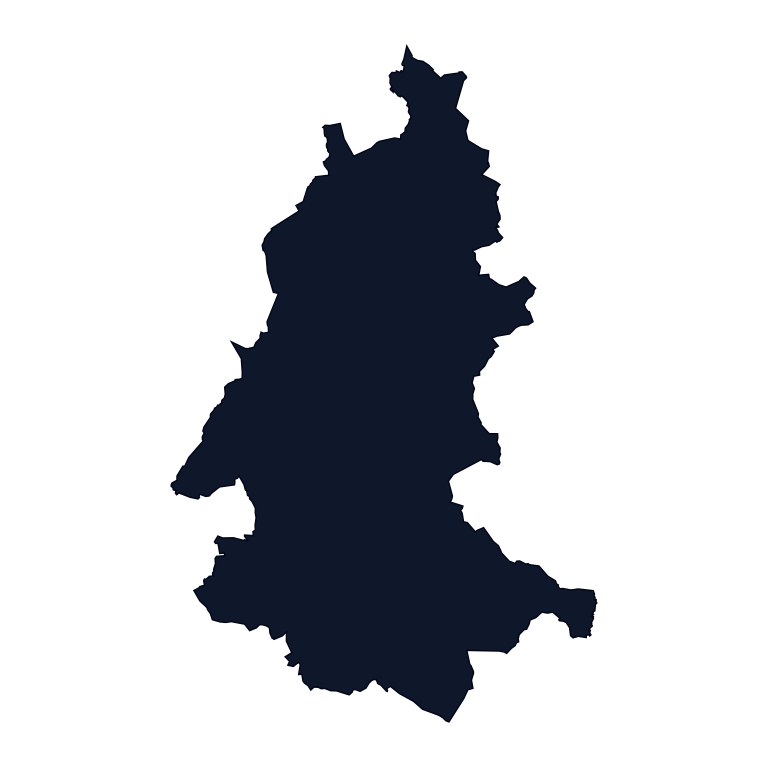 Portlaoise Lea-7, Laoighis, Ireland
{"feature_id": "5873133B8866665595403", "entity_name": "Portlaoise Lea-7", "entity_type": "district", "adm_level": 2, "iso_a3": "IRL", "parent_name": "Ireland", "parent_adm1": "Laoighis", "projection": "albers", "projection_center": [-7.298, 52.987], "detail": "fine", "context": "isolated", "style": "filled", "palette": "ink", "viewbox_px": 768, "rotation_deg": 0, "n_neighbors": 0, "source": "geoboundaries", "source_scale": "gbopen_adm2", "svg_char_len": 6086}
<svg xmlns="http://www.w3.org/2000/svg" viewBox="0 0 768 768"><path d="M349.1,694.8L351.9,692.5L353.3,689.6L355.6,689.6L360.1,691.3L366.0,688.0L369.1,682.9L371.6,680.6L373.9,679.4L376.4,679.8L377.8,683.5L381.1,685.3L386.4,691.1L387.3,691.4L387.5,690.6L387.0,689.7L387.3,688.1L390.5,686.4L399.5,693.6L413.4,701.2L422.7,709.3L438.5,715.1L442.6,717.5L445.9,720.7L448.9,721.9L463.7,698.6L467.9,689.7L472.9,688.3L471.4,680.1L473.5,673.3L473.4,671.4L470.8,665.4L469.8,664.6L466.8,650.4L499.0,651.0L504.3,652.0L506.6,653.4L511.5,648.2L515.0,645.7L516.4,642.8L518.6,641.8L518.2,638.8L519.1,634.7L523.9,629.8L526.6,629.1L529.1,624.0L530.1,620.0L535.8,617.6L541.9,612.1L547.6,613.1L552.7,612.1L560.1,618.4L558.8,619.7L559.3,620.7L563.5,621.2L566.3,622.6L569.6,627.7L570.6,635.7L573.0,637.8L578.3,636.3L586.2,637.5L586.5,634.9L589.3,635.1L589.7,635.9L590.9,634.9L589.7,633.0L590.1,631.2L589.2,630.5L590.1,630.2L589.2,628.9L592.3,626.0L591.5,624.5L591.8,623.8L591.1,623.4L593.4,618.5L593.3,617.5L592.0,616.8L593.2,616.4L592.3,615.2L593.4,614.3L592.5,613.6L593.1,612.9L592.5,612.2L594.8,610.9L595.4,604.4L596.8,602.9L595.4,600.9L596.1,600.7L596.2,599.7L594.7,599.1L595.1,597.6L593.9,595.6L594.5,594.2L593.2,590.7L578.2,589.0L571.0,590.0L562.5,588.5L559.7,588.8L558.0,586.0L558.3,585.0L556.5,583.9L555.4,580.8L547.8,576.2L538.9,566.0L529.3,564.7L528.2,563.7L525.7,564.1L519.7,561.0L516.7,561.2L515.2,563.5L509.2,561.2L501.8,553.2L498.4,545.7L493.4,541.6L483.6,527.7L477.1,530.4L475.5,532.0L467.3,522.6L463.5,521.8L462.2,513.4L460.5,510.1L462.1,508.7L462.9,506.1L450.1,502.0L451.6,499.5L452.4,496.0L448.4,481.2L453.4,474.3L480.4,460.0L482.4,459.9L483.0,461.2L490.3,461.6L497.2,464.7L499.2,464.0L499.8,462.3L498.7,458.8L500.6,454.0L499.8,452.6L500.1,448.0L496.8,442.1L497.8,437.8L497.6,433.8L489.2,433.7L480.7,424.3L481.2,422.9L478.5,417.9L477.9,417.7L478.4,413.6L472.7,399.4L472.8,393.8L474.4,388.5L472.1,382.9L473.8,376.2L479.6,375.1L479.4,371.4L484.6,366.1L488.3,358.8L491.2,356.5L494.2,351.5L492.9,349.4L498.3,346.0L491.8,338.1L496.9,336.1L509.7,333.9L515.6,327.8L518.8,326.1L521.2,325.2L528.1,324.8L533.0,321.7L529.4,311.8L528.0,311.5L525.8,308.7L524.1,304.5L527.4,298.9L532.0,295.9L533.7,293.0L534.1,290.0L535.6,288.2L529.7,283.0L526.4,278.0L524.0,276.9L518.9,281.5L506.1,287.1L499.1,284.8L490.8,279.0L489.4,279.1L488.6,274.4L478.7,275.3L480.4,266.6L475.4,260.2L475.1,253.4L472.8,251.5L472.8,249.6L474.5,250.1L481.6,246.7L489.1,245.2L495.6,240.8L496.6,242.1L499.9,240.8L502.6,237.6L498.4,232.9L497.4,230.1L495.4,227.9L498.9,226.9L496.8,224.1L500.1,219.2L499.9,215.4L499.0,213.0L498.0,212.9L497.9,212.2L498.5,212.1L496.1,201.6L498.1,199.3L498.3,197.0L496.1,196.1L496.0,194.0L495.3,193.9L498.3,186.8L500.0,184.6L495.4,181.5L481.7,174.6L489.3,166.4L488.7,163.9L487.1,163.8L488.5,163.3L487.6,161.0L488.6,150.9L481.5,148.8L467.9,140.5L465.6,130.9L468.5,120.8L455.5,108.4L463.5,80.8L466.5,77.7L466.2,76.4L462.2,71.9L461.4,71.9L459.1,72.1L459.2,73.0L444.5,75.0L442.0,77.1L442.2,77.9L440.6,78.1L432.3,70.5L433.2,69.7L428.8,65.3L422.9,61.4L417.3,60.4L412.0,57.4L412.0,55.5L406.8,46.1L404.0,58.8L402.0,63.9L402.3,65.2L404.3,66.0L403.5,70.5L402.8,71.4L401.1,70.7L399.9,72.5L396.4,71.0L396.3,72.0L395.3,72.6L391.9,72.5L389.3,75.7L390.3,78.2L390.0,83.1L391.9,87.0L390.3,88.9L390.5,89.7L392.7,91.7L392.4,90.6L393.7,89.8L393.9,91.5L395.4,92.3L398.2,95.9L400.5,96.8L401.4,95.9L402.6,96.4L408.0,102.2L406.9,105.6L408.9,106.1L408.2,106.6L409.1,108.3L408.4,111.9L410.8,115.8L410.8,118.0L409.3,119.8L409.6,120.6L408.3,124.3L405.3,128.1L405.0,131.9L400.8,135.0L400.7,139.1L394.7,138.0L379.4,141.4L376.9,142.8L371.5,148.1L353.7,156.2L344.1,139.0L340.2,123.5L329.6,125.6L325.1,125.3L322.8,127.3L324.1,128.3L324.5,134.4L325.1,136.3L326.4,136.9L327.3,138.5L327.6,142.0L326.5,144.2L326.6,147.1L327.6,148.9L327.8,151.0L330.1,153.8L329.0,157.4L326.3,159.4L326.2,160.5L323.4,162.0L324.5,165.6L328.5,170.8L328.8,175.3L315.5,176.8L315.3,178.0L313.0,180.1L312.7,181.9L310.4,184.1L309.9,185.9L308.1,186.8L307.4,188.2L303.2,201.6L296.0,205.5L299.1,211.0L271.3,228.7L271.6,230.6L268.1,233.8L264.7,238.6L264.0,241.8L262.2,245.2L263.1,250.4L264.6,251.2L266.2,255.6L267.5,272.0L273.4,292.3L278.5,293.4L267.1,321.7L267.4,324.8L268.3,326.7L268.6,332.3L263.3,333.2L261.1,332.2L260.1,335.7L260.2,338.2L255.8,342.8L253.9,347.3L247.8,348.7L245.1,348.5L231.5,341.9L241.3,358.5L242.3,371.9L242.2,378.2L240.0,379.2L235.3,379.6L234.8,381.0L228.5,383.6L224.7,387.2L225.3,394.2L224.4,398.0L221.9,400.3L221.5,403.6L220.4,403.6L219.4,405.1L217.7,405.2L216.6,407.3L214.7,408.1L213.9,410.2L210.7,413.9L210.3,416.2L211.0,417.7L210.1,417.9L204.0,427.0L202.9,431.1L204.2,433.0L202.3,436.9L202.5,439.7L203.5,440.6L188.9,457.4L184.7,466.3L182.9,466.2L177.0,476.0L177.0,480.3L172.0,483.0L171.2,485.0L171.3,486.6L172.8,487.1L173.3,489.8L175.8,490.6L175.5,493.3L176.7,494.7L178.9,492.9L190.0,497.2L198.0,498.9L199.5,497.3L198.8,496.3L199.9,494.2L205.7,496.4L209.3,495.9L211.3,493.4L219.5,486.9L234.5,484.8L234.9,480.9L234.3,480.4L234.9,479.1L237.6,478.2L239.0,475.8L244.0,484.6L245.5,490.1L246.6,490.4L247.6,495.4L249.6,496.6L249.6,498.8L252.1,501.5L255.4,508.1L255.3,512.9L256.1,517.6L255.1,525.4L255.4,529.9L253.0,531.7L253.3,535.6L244.6,535.1L244.5,536.1L247.5,540.2L246.1,540.5L244.6,539.6L243.8,540.5L233.5,537.8L222.6,538.0L217.9,536.1L214.5,541.7L215.6,543.4L218.0,543.4L219.8,553.5L224.2,553.1L225.0,555.7L216.5,556.4L215.1,558.6L215.5,563.6L213.8,568.8L213.6,571.8L212.6,572.9L212.8,576.1L209.4,576.3L206.1,579.3L204.5,579.0L203.7,580.8L204.5,585.4L200.0,586.5L198.6,588.1L193.9,590.5L199.8,600.8L207.0,607.6L207.6,609.6L210.3,613.4L212.4,619.7L220.1,621.9L225.7,622.4L231.4,621.6L244.6,624.1L249.7,630.6L256.4,627.8L259.4,624.8L262.1,624.6L266.5,625.9L269.4,627.6L270.0,633.2L272.1,638.0L274.1,639.3L282.3,635.9L286.5,631.8L286.4,641.2L291.8,652.7L285.2,656.8L289.6,661.4L287.9,665.2L293.3,666.4L298.4,662.4L299.2,663.2L300.3,664.5L298.7,674.5L301.9,674.2L303.0,681.1L304.4,683.0L308.1,685.7L310.8,690.0L314.0,687.1L318.2,687.2L321.2,688.7L324.8,688.4L330.7,690.7L336.4,690.8L349.1,694.8Z" fill="#0f172a" stroke="#020617" stroke-width="1.5"/></svg>